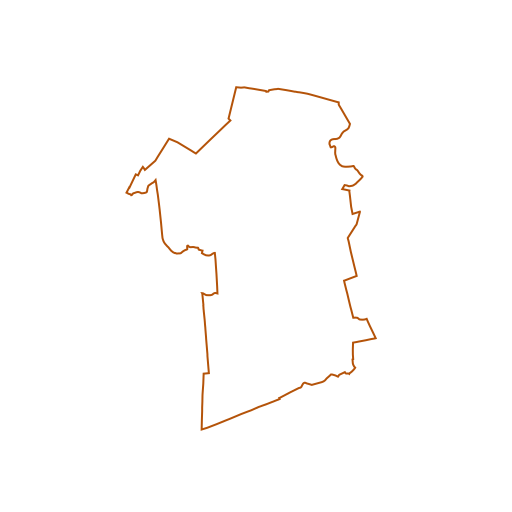 outline of Tiream, Satu Mare, Romania, rotated 305°
{"feature_id": "2599482B66236649043849", "entity_name": "Tiream", "entity_type": "district", "adm_level": 2, "iso_a3": "ROU", "parent_name": "Romania", "parent_adm1": "Satu Mare", "projection": "equal_earth", "projection_center": [22.455, 47.592], "detail": "fine", "context": "isolated", "style": "outline", "palette": "amber", "viewbox_px": 512, "rotation_deg": 305, "n_neighbors": 0, "source": "geoboundaries", "source_scale": "gbopen_adm2", "svg_char_len": 6077}
<svg xmlns="http://www.w3.org/2000/svg" viewBox="0 0 512 512"><g transform="rotate(305 256 256)"><path d="M263.9,389.5L266.5,385.1L268.0,382.7L267.0,382.0L265.9,381.0L264.8,379.6L263.9,378.1L263.4,377.1L263.4,376.6L263.5,375.7L263.5,374.5L263.3,374.1L262.5,372.7L261.2,371.1L266.2,365.3L268.6,362.4L273.2,357.2L277.6,352.3L279.6,349.9L284.8,343.9L286.3,342.3L286.8,342.7L291.4,345.8L297.4,349.9L298.5,348.7L300.8,346.1L304.1,342.3L307.1,338.9L313.7,331.4L321.2,323.4L323.1,321.1L323.5,320.8L337.9,320.2L338.8,320.3L339.7,320.2L340.3,320.0L351.8,315.8L351.9,315.6L346.6,311.6L345.8,311.0L350.9,305.7L359.3,298.3L362.7,295.2L363.2,295.0L361.2,290.3L360.3,288.3L364.9,287.9L365.9,290.0L366.4,292.0L366.8,292.6L367.3,293.1L368.7,294.5L369.2,294.9L370.2,295.4L372.5,296.3L374.0,296.5L377.8,297.3L379.2,297.5L379.6,297.6L380.5,297.7L381.7,297.7L382.1,297.8L382.5,297.3L382.7,297.1L382.7,296.6L382.6,295.5L382.7,295.0L382.8,294.4L383.0,293.5L383.5,292.1L384.2,290.3L384.4,289.1L384.3,288.2L384.4,287.6L384.5,287.2L384.9,286.1L385.3,285.4L385.6,284.8L385.7,284.3L385.4,283.9L385.0,283.6L384.5,283.1L383.9,282.5L382.9,281.3L382.3,280.6L380.7,278.5L380.3,277.9L379.6,276.6L378.9,275.0L378.9,272.7L378.9,272.4L379.2,271.2L379.6,269.9L380.1,269.0L380.2,268.7L381.0,267.4L381.9,266.1L382.7,265.1L383.4,264.3L384.2,263.4L384.6,262.8L385.4,262.1L386.0,261.6L386.8,261.1L388.2,260.2L389.8,259.2L390.2,258.9L390.4,258.6L390.6,258.4L390.8,257.9L390.8,257.2L390.7,256.9L390.2,256.5L389.1,256.0L388.1,255.2L387.9,255.0L387.9,254.8L388.4,254.1L389.6,252.4L389.8,252.0L390.2,251.7L391.2,251.1L391.7,250.9L392.2,250.8L392.6,250.7L393.2,250.7L393.7,250.8L394.2,251.0L394.7,251.2L395.4,251.7L396.0,252.3L396.4,252.7L397.2,253.8L398.5,255.2L398.9,255.5L399.5,255.8L400.2,256.2L400.7,256.4L401.1,256.5L402.8,256.5L404.3,256.3L405.0,256.2L406.4,256.2L407.0,256.3L408.1,256.4L408.7,256.6L409.7,257.1L412.0,258.1L412.5,258.2L413.0,258.3L413.5,258.4L414.2,258.4L414.9,258.2L415.5,258.1L417.3,257.5L418.1,257.2L422.3,248.1L425.5,241.2L427.1,237.6L427.6,236.8L428.1,236.5L429.3,235.6L429.2,235.3L429.0,234.9L428.7,234.1L427.4,230.4L425.5,225.0L423.2,218.4L420.7,211.3L419.4,207.7L418.4,205.0L416.9,201.7L415.1,197.9L414.0,195.9L413.8,195.4L413.3,194.3L413.0,193.7L412.8,193.5L411.3,190.1L409.2,185.6L405.9,178.8L405.6,178.2L404.5,177.1L403.1,175.4L400.1,172.4L399.3,171.6L397.8,171.8L396.5,170.3L396.8,170.0L396.9,169.9L396.9,169.7L396.6,169.0L396.2,168.1L391.5,158.1L390.4,155.9L389.5,154.2L387.5,149.8L385.3,147.2L382.9,143.0L352.8,154.7L352.3,157.3L345.7,155.9L336.1,154.0L325.6,151.9L310.6,149.0L305.5,148.0L305.3,145.5L305.2,142.9L304.7,135.4L304.1,126.4L302.2,117.5L291.0,118.1L280.8,118.6L276.4,118.9L275.8,118.8L262.8,115.6L263.5,114.0L263.7,113.5L264.1,112.2L259.5,112.3L254.4,113.1L253.9,110.7L243.7,112.4L239.6,113.1L239.6,112.8L233.6,113.6L233.8,114.8L233.8,115.5L233.9,116.0L234.1,116.7L234.5,117.7L234.6,118.0L234.5,118.3L234.3,118.7L234.2,118.9L234.3,119.0L234.6,119.2L234.8,119.3L235.1,119.3L236.1,119.4L236.7,119.4L237.2,119.7L237.6,120.0L238.2,120.5L239.1,121.1L239.5,121.4L240.2,122.0L240.8,122.7L241.2,123.6L241.5,124.7L241.6,125.4L241.6,125.9L241.8,126.4L242.3,127.0L242.9,127.7L243.7,128.5L244.4,129.1L245.1,129.6L245.8,129.8L247.0,129.4L247.4,129.2L248.8,128.5L250.3,128.0L251.5,127.6L252.0,127.6L253.2,128.0L254.8,128.6L255.7,128.9L257.1,129.6L258.1,130.0L260.6,130.2L257.0,133.7L253.3,137.1L249.8,140.5L243.5,146.2L238.8,150.4L235.0,153.7L228.8,159.1L219.6,166.9L217.1,169.1L216.1,170.3L215.9,170.6L215.5,171.2L215.1,171.7L214.6,172.6L214.3,173.3L213.9,174.3L213.6,175.6L213.3,176.7L213.0,178.1L212.9,179.1L212.7,179.8L212.3,181.1L211.9,182.6L211.6,183.8L211.6,184.3L211.6,184.9L211.5,185.9L211.8,187.8L212.3,188.5L212.3,189.0L212.5,189.6L212.9,190.1L213.2,190.5L213.8,191.2L214.3,191.9L214.7,192.4L215.1,192.7L215.5,192.9L216.4,193.1L218.4,193.7L219.8,194.4L220.5,194.7L221.1,195.3L221.8,195.7L222.1,195.8L222.3,195.7L222.8,195.3L223.8,194.5L224.7,193.9L224.9,193.9L225.3,194.1L225.4,194.4L225.5,194.5L225.4,194.9L225.3,195.3L225.2,195.8L225.2,196.1L225.4,196.8L225.8,197.5L227.2,199.2L227.7,200.1L228.2,201.5L228.6,202.3L229.0,203.0L229.4,203.5L229.5,203.8L229.0,204.7L228.5,205.2L228.4,205.5L228.6,206.2L229.1,207.4L229.3,208.3L229.7,209.1L227.3,210.1L227.4,210.8L227.4,211.8L227.7,213.5L227.9,214.6L229.0,216.6L230.0,217.8L231.1,218.5L232.6,219.0L233.7,219.5L234.6,220.1L234.9,220.5L229.8,224.9L225.3,228.5L218.5,234.0L208.7,241.7L203.2,245.9L202.4,243.8L201.9,243.4L201.3,243.0L200.7,242.7L199.6,242.5L198.7,242.0L198.3,241.6L197.7,241.1L196.9,240.0L195.5,237.8L195.3,237.0L195.0,233.9L194.6,233.2L194.4,233.6L193.8,234.1L185.6,241.1L185.2,241.2L184.2,242.1L182.4,243.5L181.4,244.4L180.9,244.8L174.2,250.6L172.4,252.1L170.9,253.3L168.2,255.6L167.3,256.3L162.7,260.1L160.9,261.6L159.5,262.7L154.7,266.7L147.6,272.6L146.2,273.6L136.7,281.5L133.0,284.6L131.7,283.1L129.6,280.6L121.1,286.1L112.6,291.2L111.0,292.2L105.8,295.7L101.0,298.8L98.0,300.9L90.8,305.6L82.7,311.0L87.2,314.5L95.5,320.1L104.5,325.9L107.2,327.7L112.9,331.3L118.0,334.5L123.6,338.3L126.6,340.4L133.9,344.8L141.1,349.9L152.4,357.4L153.0,356.5L153.4,356.8L164.5,362.5L172.4,366.8L173.4,367.7L173.8,368.0L174.3,368.1L174.9,368.2L177.0,367.9L178.5,367.8L179.3,368.0L180.1,368.5L180.4,369.0L180.6,369.9L180.8,370.9L181.3,372.2L181.6,373.1L182.0,374.3L182.4,375.6L187.0,379.4L190.5,382.3L191.3,382.8L192.1,383.3L193.0,383.6L193.9,383.9L195.3,384.0L196.3,384.1L200.0,385.0L202.0,385.4L202.7,386.6L202.9,387.2L203.1,387.8L203.7,389.6L204.0,391.2L204.0,391.5L204.2,392.4L204.7,392.4L206.0,392.3L206.7,392.5L211.8,395.4L211.6,395.8L211.4,396.3L211.4,396.9L211.4,397.2L211.7,397.7L212.0,398.1L212.5,398.7L212.7,399.1L212.9,399.5L212.9,400.0L213.4,399.9L213.9,400.0L215.0,400.4L216.4,400.8L218.8,401.2L220.0,401.3L221.4,401.3L221.6,400.4L221.9,399.5L222.4,398.6L222.7,398.0L223.6,396.9L226.6,394.4L227.2,394.8L228.7,393.6L230.8,391.9L235.0,388.9L240.7,385.2L243.4,387.9L244.9,389.3L249.9,394.2L253.9,397.9L256.7,400.7L257.3,401.2L258.8,398.6L262.8,391.5L263.9,389.5Z" fill="none" stroke="#b45309" stroke-width="2"/></g></svg>